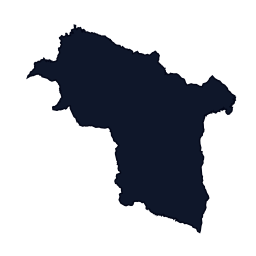 outline of Tha Wang Pha, Nan, Thailand, rotated 185°
{"feature_id": "78962969B57935377717299", "entity_name": "Tha Wang Pha", "entity_type": "district", "adm_level": 2, "iso_a3": "THA", "parent_name": "Thailand", "parent_adm1": "Nan", "projection": "natural_earth1", "projection_center": [100.731, 19.144], "detail": "fine", "context": "isolated", "style": "filled", "palette": "ink", "viewbox_px": 256, "rotation_deg": 185, "n_neighbors": 0, "source": "geoboundaries", "source_scale": "gbopen_adm2", "svg_char_len": 5830}
<svg xmlns="http://www.w3.org/2000/svg" viewBox="0 0 256 256"><g transform="rotate(185 128 128)"><path d="M128.5,52.6L124.4,50.7L123.1,50.5L120.8,51.7L118.3,51.2L117.0,51.6L116.3,52.9L116.3,54.6L114.8,55.8L113.5,55.7L112.9,56.2L112.3,55.8L111.2,56.2L109.1,56.1L107.4,55.0L105.7,55.7L103.5,52.6L102.9,52.3L102.8,49.3L101.8,48.7L101.5,49.4L100.0,49.5L99.8,48.6L99.2,48.6L98.7,47.4L97.3,46.3L95.9,46.1L95.2,45.1L93.6,45.2L93.2,44.2L91.5,44.6L91.3,43.8L90.5,44.5L89.9,44.3L89.5,44.8L88.7,44.1L87.8,44.6L87.0,43.6L85.6,45.1L85.0,44.7L85.3,44.4L84.5,44.2L84.8,43.6L84.2,43.2L83.4,43.6L80.7,43.1L79.5,42.5L79.2,42.9L77.9,42.2L77.1,42.6L76.3,42.0L74.8,42.1L74.4,41.2L73.5,42.1L72.7,42.2L71.5,41.3L72.3,40.4L72.2,39.9L70.6,40.8L70.4,39.8L68.2,38.7L67.0,38.5L66.2,39.0L64.5,38.8L63.3,37.8L61.4,38.2L55.3,36.3L54.6,35.0L50.9,34.0L49.5,31.2L47.5,30.3L47.1,32.1L46.9,37.0L46.3,39.8L47.2,44.3L46.2,45.9L46.3,48.8L45.2,50.1L45.1,51.2L44.2,52.9L43.5,55.5L44.2,58.0L43.8,62.5L43.0,62.8L41.5,65.2L42.2,67.3L44.3,70.3L45.4,73.0L46.4,74.0L47.0,76.4L48.3,77.6L49.6,79.8L49.6,80.9L49.1,82.1L49.8,84.2L49.7,86.2L50.6,87.5L52.0,95.8L50.3,99.7L50.7,101.9L50.2,103.3L50.2,105.8L52.3,108.9L52.3,110.8L53.2,110.7L54.0,111.7L53.8,114.7L55.1,118.4L55.6,121.8L55.5,124.0L54.5,126.2L53.5,127.1L53.4,129.6L52.4,131.1L52.4,133.4L52.9,134.0L53.6,138.8L54.1,140.2L53.7,140.6L52.7,145.4L52.8,146.9L52.3,147.0L52.2,147.6L51.3,147.3L51.4,147.8L48.2,150.0L47.7,149.9L46.8,151.1L46.1,150.6L46.1,152.6L45.9,151.2L45.5,151.6L44.5,151.3L44.2,152.3L43.1,151.2L42.2,151.5L42.6,151.0L42.3,150.7L41.3,151.1L40.9,152.0L39.9,152.7L38.1,152.6L38.3,153.7L37.1,154.6L35.9,154.1L35.9,155.0L35.1,154.8L35.1,155.5L34.3,155.1L34.2,156.2L33.4,155.3L31.6,155.0L31.8,154.5L31.5,153.5L31.9,152.8L31.2,151.5L29.7,150.4L28.1,151.0L27.9,151.8L26.9,152.5L26.9,152.9L25.9,154.2L26.3,155.0L25.9,155.6L26.1,157.0L25.9,157.6L27.5,157.8L27.3,158.2L27.8,158.3L27.3,158.8L27.3,159.4L26.4,159.9L26.6,161.0L26.0,160.9L25.5,161.6L25.2,161.3L24.6,162.0L24.5,162.7L25.0,162.6L24.3,164.3L23.5,165.2L23.9,165.7L25.6,165.6L25.8,166.0L23.7,167.2L23.7,168.1L25.0,168.4L24.6,169.3L28.0,170.9L29.5,172.7L31.8,174.1L32.6,176.2L35.5,179.0L38.2,180.1L40.8,182.7L42.9,183.2L46.0,184.7L48.5,187.1L50.8,184.4L51.4,182.6L52.9,180.5L54.2,179.5L56.8,178.5L57.6,175.6L60.3,175.6L63.7,177.2L66.5,176.9L68.9,177.4L72.3,175.9L73.1,176.0L74.6,177.6L76.0,180.8L76.7,181.6L79.1,182.1L82.3,185.1L84.3,186.1L87.4,185.7L89.2,186.0L90.0,185.7L90.5,186.0L90.9,185.2L93.0,184.6L94.2,185.6L95.4,185.0L95.1,186.4L95.8,186.6L95.8,188.0L96.8,189.4L96.5,190.5L97.3,190.4L98.3,191.6L99.1,191.7L99.4,192.6L100.5,192.9L101.2,194.1L102.2,194.3L102.8,195.3L103.9,195.7L104.1,197.7L103.5,198.6L103.7,200.7L103.3,202.9L104.6,204.6L106.0,205.0L107.2,206.6L107.6,206.7L108.3,205.9L110.1,205.0L111.9,203.0L113.2,202.1L114.9,202.9L117.7,201.8L119.5,202.7L120.3,202.5L120.7,203.0L124.0,203.0L124.5,204.1L125.3,204.8L125.6,204.1L126.4,204.5L128.8,202.7L129.7,202.5L130.3,204.7L132.7,206.0L133.6,206.3L134.5,205.7L135.2,206.3L137.9,206.5L140.6,208.5L141.1,207.8L142.3,207.7L143.3,209.4L146.6,209.4L149.0,210.6L149.4,211.2L152.0,212.7L152.2,213.3L153.1,213.7L153.3,214.4L153.9,214.2L154.0,214.6L157.6,216.3L158.9,217.5L163.1,217.1L163.7,217.7L165.6,217.9L166.9,218.7L168.5,218.8L169.6,219.5L170.7,219.1L172.3,219.8L173.5,219.0L176.9,220.1L178.8,219.6L179.4,220.3L179.3,220.9L180.7,222.2L181.5,221.9L181.3,220.3L182.0,219.8L184.1,223.8L185.2,223.3L186.4,223.5L187.2,221.8L187.7,221.6L189.2,223.5L189.2,225.5L190.4,225.7L190.1,223.9L189.3,222.4L192.7,220.7L192.4,219.5L191.0,218.4L190.8,217.9L191.7,217.5L192.9,218.3L193.5,218.2L193.8,217.4L193.4,215.2L194.3,215.2L195.9,214.3L197.3,216.7L197.9,216.8L198.1,216.4L197.7,215.3L198.2,214.2L200.3,212.9L201.0,213.7L202.1,214.1L202.9,212.8L204.0,212.0L203.8,211.1L202.7,210.6L201.7,208.7L202.6,207.2L202.4,206.6L201.8,206.4L201.4,205.2L202.0,203.9L202.1,202.4L202.7,201.6L203.6,201.8L204.0,201.0L203.7,200.5L203.8,199.6L203.0,198.8L202.6,196.7L204.0,194.1L203.9,192.6L204.7,191.1L204.4,189.8L204.7,188.9L206.0,188.0L208.7,187.2L209.4,187.3L209.8,188.0L210.9,187.2L211.3,188.5L211.9,188.4L212.5,188.9L213.2,187.7L214.7,188.6L215.3,187.4L217.9,190.0L218.3,188.8L220.4,188.2L220.8,187.1L221.7,186.2L222.1,186.6L223.3,186.4L223.8,185.6L225.3,185.0L226.1,185.1L226.7,184.3L226.6,182.8L225.9,182.0L226.3,181.0L226.0,180.4L226.3,178.9L227.5,177.8L228.0,176.5L229.9,175.2L230.5,172.9L232.0,171.5L232.5,169.4L229.9,171.3L228.9,171.5L228.4,172.2L227.3,171.9L223.5,173.9L222.6,173.8L221.8,174.2L220.3,173.1L218.7,173.2L218.1,171.7L212.4,170.6L210.0,168.9L207.9,168.2L204.2,169.6L200.9,166.5L200.9,165.8L200.1,165.2L199.4,163.9L199.1,162.4L199.5,161.3L198.9,160.6L199.3,159.9L198.5,159.3L198.9,159.2L198.5,158.5L198.8,157.9L197.5,156.1L196.3,152.7L197.4,151.4L198.3,149.1L198.2,148.2L199.1,147.8L200.3,145.1L202.8,142.8L203.9,142.8L204.8,142.3L204.3,139.9L200.2,139.5L198.5,140.4L196.4,140.4L196.0,141.1L195.0,141.0L193.0,142.2L191.9,141.6L191.0,142.2L190.2,144.0L189.1,144.9L187.6,145.1L187.3,144.6L187.1,142.5L182.7,134.7L180.7,133.4L179.2,129.7L178.0,129.9L177.7,128.9L176.5,127.8L176.5,126.9L173.3,126.0L171.2,126.7L170.5,126.4L168.5,126.6L167.0,127.2L165.2,127.1L164.3,127.5L160.2,126.0L156.6,126.6L155.1,126.1L150.9,126.0L147.6,127.2L145.1,124.6L145.3,123.1L144.2,122.6L143.6,119.0L141.7,116.5L140.9,114.1L138.0,112.6L137.9,111.9L136.3,110.6L135.7,109.7L137.1,107.4L138.3,106.2L137.4,103.7L138.2,102.7L138.1,101.0L136.1,94.8L135.2,93.9L135.5,92.5L135.0,91.6L135.3,90.8L134.2,90.4L133.9,89.9L134.2,86.8L133.5,84.9L132.1,84.4L131.5,82.8L131.9,82.1L135.0,80.7L135.3,78.8L134.6,77.0L136.2,74.9L136.3,73.9L135.5,71.8L134.0,71.7L133.6,70.6L132.5,70.0L131.0,68.3L129.6,67.9L129.0,67.1L129.0,65.5L128.1,62.5L130.1,61.8L130.6,61.1L129.8,58.8L130.5,55.7L128.5,52.6Z" fill="#0f172a" stroke="#020617" stroke-width="1.5"/></g></svg>